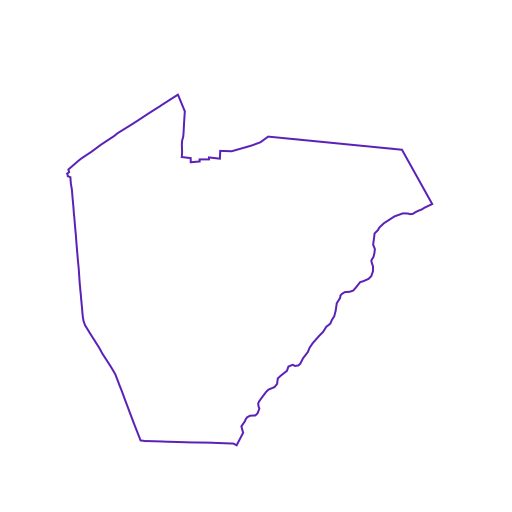 Mixtla, Puebla, Mexico (Natural Earth projection), rotated 254°
{"feature_id": "50627088B3391472602874", "entity_name": "Mixtla", "entity_type": "district", "adm_level": 2, "iso_a3": "MEX", "parent_name": "Mexico", "parent_adm1": "Puebla", "projection": "natural_earth1", "projection_center": [-97.892, 18.904], "detail": "fine", "context": "isolated", "style": "outline", "palette": "violet", "viewbox_px": 512, "rotation_deg": 254, "n_neighbors": 0, "source": "geoboundaries", "source_scale": "gbopen_adm2", "svg_char_len": 2420}
<svg xmlns="http://www.w3.org/2000/svg" viewBox="0 0 512 512"><g transform="rotate(254 256 256)"><path d="M432.6,225.4L430.3,217.6L427.2,207.2L426.4,204.9L424.8,199.3L422.4,191.2L419.3,181.3L419.1,180.8L417.0,173.7L412.2,156.8L410.8,153.6L410.4,152.6L405.9,138.2L405.4,136.8L401.5,126.4L399.2,119.1L397.8,114.7L396.4,111.4L390.9,99.5L388.1,99.5L387.2,97.1L385.9,97.3L384.6,97.1L382.9,99.3L376.7,98.0L370.4,97.3L363.1,95.8L362.3,95.7L361.4,95.5L354.0,94.1L344.8,92.2L344.3,92.2L337.8,90.9L334.2,90.2L330.6,89.5L327.5,88.9L326.6,88.8L325.3,88.5L321.5,87.7L313.1,86.0L310.1,85.4L309.6,85.3L306.0,84.6L301.4,83.7L297.7,83.0L293.2,82.2L292.7,82.1L289.4,81.4L280.7,79.5L276.2,78.6L275.8,78.6L272.5,77.9L267.5,77.0L262.4,76.0L261.1,75.7L260.3,75.7L259.6,75.5L257.7,75.1L255.3,74.7L252.8,74.2L248.4,73.3L244.0,72.6L240.6,72.3L236.6,72.6L227.5,75.1L210.9,80.0L210.1,80.2L204.9,81.3L190.4,85.7L188.3,86.3L181.4,88.1L177.2,88.5L171.3,89.0L170.9,89.0L170.0,89.1L164.1,89.7L156.2,90.3L155.7,90.3L149.5,90.8L129.8,92.4L110.5,94.2L109.4,96.8L108.4,98.9L108.3,99.8L103.2,115.8L103.0,116.2L95.6,139.4L95.4,139.9L88.8,161.8L88.5,162.5L81.9,182.6L79.4,185.2L89.6,194.9L96.3,195.0L100.3,199.9L101.7,200.9L103.3,202.8L103.7,204.3L104.1,206.3L102.9,211.5L104.5,214.3L108.5,217.2L110.9,217.0L113.5,217.4L115.1,218.6L118.0,222.2L122.6,228.3L124.1,231.1L124.9,237.7L127.2,241.0L132.3,243.2L134.2,247.0L137.1,254.1L140.8,256.7L141.3,261.3L139.6,263.1L139.1,266.4L140.1,268.7L144.7,273.0L149.4,279.4L153.1,282.3L156.6,286.5L161.9,294.8L164.5,299.5L168.7,304.2L169.5,306.5L170.6,308.9L173.6,311.3L176.5,314.6L181.3,317.4L181.4,317.5L188.3,320.6L192.5,325.3L194.7,326.3L195.8,327.9L196.8,331.4L195.8,336.2L196.0,340.0L198.0,343.1L202.2,349.0L202.2,352.4L203.0,357.9L204.9,361.3L209.1,364.2L213.7,365.6L218.1,365.4L220.0,365.7L222.8,368.7L226.1,370.6L229.9,372.2L234.5,371.7L237.1,372.8L240.9,374.5L245.0,376.2L247.3,380.4L249.3,382.3L252.3,388.1L255.9,400.0L256.5,409.0L255.0,413.6L253.6,416.0L253.3,418.5L254.1,421.1L254.7,424.2L255.1,428.3L256.0,431.4L257.4,439.7L317.9,425.6L352.5,338.3L367.4,300.6L364.1,291.6L363.4,282.2L363.4,261.5L366.9,250.6L359.5,248.1L363.7,238.0L361.8,237.4L364.4,228.4L362.4,227.9L364.1,219.1L368.1,220.2L371.6,211.9L375.3,213.3L377.4,213.9L383.0,215.3L387.1,216.7L390.9,219.0L394.9,220.5L402.8,223.2L409.8,225.7L414.8,227.5L415.1,227.4L432.1,225.5L432.6,225.4Z" fill="none" stroke="#5b21b6" stroke-width="2"/></g></svg>